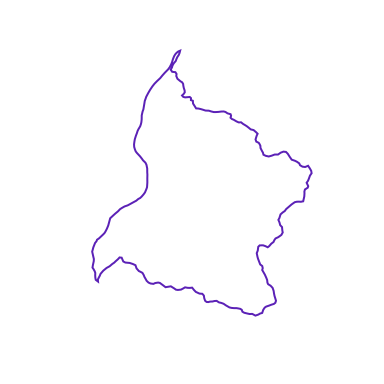 outline of Novo Horizonte, São Paulo, Brazil, rotated 71°
{"feature_id": "56859067B45221197904783", "entity_name": "Novo Horizonte", "entity_type": "district", "adm_level": 2, "iso_a3": "BRA", "parent_name": "Brazil", "parent_adm1": "São Paulo", "projection": "orthographic", "projection_center": [-49.295, -21.479], "detail": "fine", "context": "isolated", "style": "outline", "palette": "violet", "viewbox_px": 384, "rotation_deg": 71, "n_neighbors": 0, "source": "geoboundaries", "source_scale": "gbopen_adm2", "svg_char_len": 4148}
<svg xmlns="http://www.w3.org/2000/svg" viewBox="0 0 384 384"><g transform="rotate(71 192 192)"><path d="M321.6,183.3L323.2,181.9L325.0,179.1L326.1,177.3L326.9,174.7L329.5,172.3L329.5,169.2L329.1,167.3L329.2,165.0L326.6,163.0L325.0,160.9L324.5,159.2L324.5,156.0L324.4,153.5L324.5,151.1L323.9,149.3L322.2,148.0L320.0,147.9L317.1,147.8L314.7,147.5L312.0,147.0L308.9,147.0L306.2,148.2L304.0,150.0L302.3,150.2L299.7,149.6L297.3,149.7L293.9,150.0L288.6,151.0L287.0,149.9L284.8,149.7L282.7,151.1L276.6,151.3L274.7,151.2L270.9,150.7L268.8,148.9L265.4,147.2L264.5,145.4L265.6,142.1L267.1,140.2L268.9,138.4L268.3,136.6L266.7,133.9L265.8,131.2L264.3,129.8L263.1,128.1L262.8,125.2L261.7,121.5L259.8,119.4L257.7,119.1L254.5,118.3L252.0,119.4L249.2,119.2L246.5,119.4L245.0,117.8L242.0,115.6L240.9,113.0L240.2,110.5L238.8,108.5L236.2,102.0L235.1,98.2L235.3,96.2L235.8,94.4L236.7,92.2L237.0,89.9L234.9,88.6L232.8,87.3L229.9,86.1L228.2,85.6L226.4,84.4L225.6,81.2L224.3,80.2L220.6,80.6L219.2,78.7L217.5,77.2L214.9,75.1L213.2,72.8L210.8,72.4L208.1,72.9L205.0,73.7L205.2,76.9L204.0,79.3L201.9,81.1L199.8,81.3L197.5,83.0L195.9,84.6L193.9,87.2L190.8,88.1L188.7,88.6L187.0,89.0L184.7,90.1L183.6,92.4L183.7,95.3L184.6,98.5L183.5,101.7L183.6,104.9L183.4,107.9L181.8,110.5L180.0,112.3L178.0,112.1L175.8,112.5L172.7,112.9L170.5,112.3L168.8,112.5L167.2,112.9L165.3,114.8L163.0,114.8L161.3,113.6L159.6,112.3L158.3,111.0L156.2,112.0L153.5,113.6L151.9,116.1L149.6,117.5L147.6,118.8L146.1,120.0L144.2,121.6L142.1,122.9L141.4,125.2L139.7,127.0L137.2,129.1L136.0,130.5L134.3,131.4L132.6,130.2L131.0,130.2L129.2,132.8L127.2,134.3L126.2,135.8L125.5,137.9L124.9,140.8L124.3,143.0L123.5,145.4L122.1,147.6L120.6,149.6L119.4,152.7L117.6,155.1L116.4,156.8L115.2,158.7L114.3,160.9L108.7,162.2L106.0,161.5L104.8,163.1L102.9,162.4L101.4,163.2L100.9,165.3L100.3,167.7L99.2,169.3L97.5,170.0L96.6,168.0L95.4,166.4L93.4,165.9L91.0,165.9L88.7,165.6L86.9,165.2L85.1,165.6L83.5,166.9L80.2,168.9L77.2,169.1L75.4,168.2L73.3,168.7L71.9,171.6L69.4,172.3L67.6,170.3L66.2,169.4L64.4,167.4L62.9,164.8L61.2,163.4L59.6,161.9L58.2,160.0L56.5,158.5L54.5,157.2L54.7,159.4L55.4,161.3L56.3,162.9L57.5,164.4L58.8,165.6L60.5,167.0L62.5,168.4L64.4,170.0L66.7,172.4L68.3,174.7L70.4,178.9L71.3,180.5L72.2,182.1L74.0,185.0L75.8,189.0L77.4,192.2L79.2,195.0L81.7,198.3L84.2,201.2L87.1,204.3L88.8,205.6L90.5,207.0L92.4,208.0L94.8,209.3L98.1,211.1L99.8,212.5L103.2,214.6L105.2,215.3L107.1,216.0L109.6,217.2L111.2,218.2L113.0,219.6L115.2,222.2L116.6,223.6L118.5,225.0L120.4,226.6L123.5,228.9L125.5,230.0L128.1,231.3L130.6,232.0L132.9,232.1L135.3,232.0L137.1,231.4L141.4,229.5L144.3,228.5L146.1,228.0L149.1,226.5L151.4,226.2L155.2,226.7L159.1,228.0L161.0,228.5L164.8,229.9L168.4,231.1L171.3,232.3L172.9,233.0L174.3,234.1L177.1,236.6L178.5,238.6L180.0,241.2L180.8,243.0L181.1,245.0L182.1,247.6L182.5,250.1L183.0,253.0L183.4,255.3L183.7,257.2L183.7,260.5L184.3,263.6L184.8,265.6L186.2,268.3L187.4,271.5L188.6,274.3L190.2,277.9L196.4,282.1L199.0,284.4L201.3,286.8L202.4,288.2L203.3,290.0L205.6,295.1L206.2,297.3L207.5,298.4L208.6,300.2L212.2,303.3L214.3,304.7L215.9,305.8L221.3,306.4L223.4,306.6L225.4,307.4L228.7,309.4L231.1,310.7L232.9,310.2L235.3,309.8L237.0,309.8L239.7,310.8L241.6,311.3L243.7,311.6L246.1,310.0L244.1,309.5L242.5,307.9L241.2,306.5L239.6,305.1L237.5,301.5L236.0,297.5L235.4,294.1L234.1,290.8L233.5,288.6L232.6,286.7L231.5,284.0L230.3,281.8L231.2,279.9L235.3,279.6L237.0,278.0L238.8,274.0L240.8,271.4L242.8,269.3L246.2,269.3L249.4,268.0L250.9,266.5L252.3,265.2L254.7,264.7L256.9,264.6L258.8,264.2L261.2,263.8L263.5,262.6L265.0,261.0L266.3,258.4L266.1,256.4L266.6,253.5L267.5,252.0L270.1,250.2L273.4,248.0L273.9,245.0L274.3,242.7L277.4,240.2L279.1,239.0L280.0,237.3L280.7,234.2L280.4,232.1L279.9,229.6L281.2,227.3L281.9,225.5L282.5,223.0L285.1,222.1L287.7,220.9L290.5,218.0L291.6,215.4L293.8,214.5L296.4,215.0L299.1,215.0L300.7,214.0L301.4,212.4L301.5,210.6L302.2,208.3L302.4,206.2L303.0,204.1L305.1,202.5L306.5,200.3L308.0,198.5L310.3,196.8L311.9,195.4L313.3,194.2L314.5,192.3L315.6,189.8L316.3,187.7L317.3,185.9L318.2,184.4L319.6,183.3L321.6,183.3Z" fill="none" stroke="#5b21b6" stroke-width="2"/></g></svg>